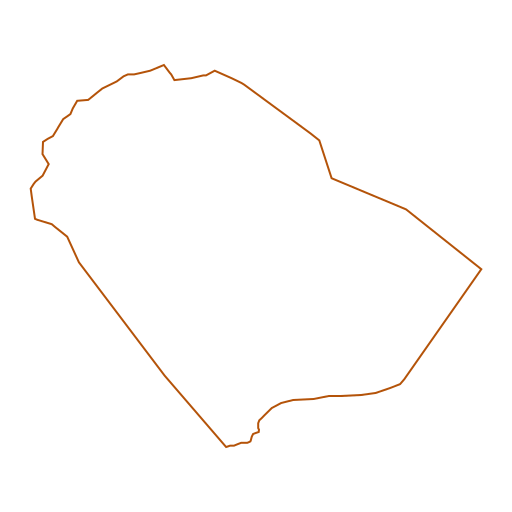 outline of City Gate, Castries, Saint Lucia
{"feature_id": "8701671B55145671844028", "entity_name": "City Gate", "entity_type": "district", "adm_level": 2, "iso_a3": "LCA", "parent_name": "Saint Lucia", "parent_adm1": "Castries", "projection": "natural_earth1", "projection_center": [-60.982, 14.021], "detail": "fine", "context": "isolated", "style": "outline", "palette": "amber", "viewbox_px": 512, "rotation_deg": 0, "n_neighbors": 0, "source": "geoboundaries", "source_scale": "gbopen_adm2", "svg_char_len": 1214}
<svg xmlns="http://www.w3.org/2000/svg" viewBox="0 0 512 512"><path d="M481.3,269.2L406.1,209.4L365.2,192.3L332.7,178.7L331.6,178.2L319.3,140.4L318.3,139.6L310.6,133.5L245.6,85.7L244.1,84.6L241.5,83.0L237.2,80.9L231.6,78.2L214.7,70.7L206.0,75.4L203.4,75.4L202.4,75.6L191.3,78.2L174.4,80.1L171.2,74.4L170.4,73.5L169.7,72.7L163.9,65.0L150.2,70.7L140.4,73.0L134.1,74.4L127.9,74.4L123.6,76.3L116.8,81.4L114.6,82.5L102.3,88.5L96.8,92.9L88.2,99.9L77.2,100.8L72.8,108.4L70.4,114.1L63.2,119.1L58.2,127.3L57.5,128.6L52.9,136.1L47.8,138.8L43.0,141.9L42.6,152.0L42.5,154.1L48.7,164.1L42.6,175.7L41.5,176.6L37.9,179.6L35.5,181.6L33.7,183.9L30.7,188.6L31.7,196.1L35.0,218.8L37.3,219.8L51.8,224.2L55.2,227.1L67.2,236.7L78.9,262.3L85.4,270.9L164.6,375.6L226.1,447.0L230.0,445.7L233.9,445.7L237.8,444.1L241.2,442.8L244.2,442.8L247.3,442.8L249.0,442.1L250.4,441.4L250.9,440.1L251.2,438.8L251.8,436.6L253.1,434.0L255.7,433.0L258.7,432.0L259.0,429.7L258.2,428.1L258.2,425.5L258.2,423.2L259.3,420.3L261.5,418.3L264.6,415.1L271.8,408.0L281.2,403.0L293.1,400.0L313.5,399.0L328.8,396.0L340.7,396.0L361.0,395.0L375.5,393.0L389.9,388.1L400.1,384.1L404.4,379.1L405.7,377.2L481.3,269.2Z" fill="none" stroke="#b45309" stroke-width="2"/></svg>